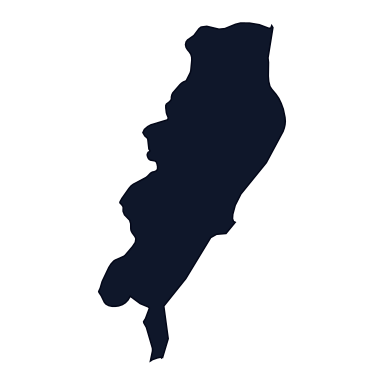 the border of Western Darfur
{"feature_id": "SDN-5858", "entity_name": "Western Darfur", "entity_type": "State", "adm_level": 1, "iso_a3": "SDN", "parent_name": "Sudan", "parent_adm1": "", "projection": "robinson", "projection_center": [22.739, 13.89], "detail": "fine", "context": "isolated", "style": "filled", "palette": "ink", "viewbox_px": 384, "rotation_deg": 0, "n_neighbors": 0, "source": "natural_earth", "source_scale": "10m", "svg_char_len": 2137}
<svg xmlns="http://www.w3.org/2000/svg" viewBox="0 0 384 384"><path d="M270.7,28.3L271.7,25.6L272.9,27.6L268.0,57.9L268.5,62.4L268.3,76.0L268.7,81.4L269.9,86.4L271.8,89.3L275.9,94.2L278.8,98.4L281.2,103.4L283.3,109.2L285.0,117.4L285.3,121.3L285.0,124.8L284.3,127.9L283.1,131.4L266.3,162.7L240.9,194.0L235.2,205.3L232.8,214.3L232.5,218.7L233.5,221.5L235.2,222.3L226.0,233.5L216.5,234.3L210.7,237.6L185.8,278.6L163.8,306.1L168.2,338.7L162.7,357.1L162.3,356.7L161.6,358.0L160.6,357.2L157.4,357.9L152.3,359.7L151.4,360.4L150.9,360.7L150.4,361.0L152.5,351.0L152.5,349.9L152.5,348.8L152.3,347.7L146.4,327.4L143.8,322.8L143.6,321.6L145.5,318.6L149.4,308.2L148.4,307.0L140.2,303.6L130.2,296.2L128.0,300.0L125.4,302.7L122.4,304.6L118.6,305.9L115.5,306.3L112.1,306.3L108.8,305.6L106.0,304.1L104.4,302.3L101.2,295.7L99.1,292.6L98.7,291.6L98.9,291.0L100.2,288.2L102.2,281.4L108.8,267.5L111.1,263.9L113.8,261.0L115.2,260.1L123.8,256.3L125.1,255.3L132.5,246.6L135.3,242.4L135.9,238.7L135.0,236.6L132.2,232.8L131.1,230.6L130.8,228.9L130.7,223.6L129.6,220.1L124.5,214.8L123.1,211.3L123.1,209.3L123.2,207.9L123.0,206.5L121.7,204.7L119.9,202.8L120.0,201.9L121.9,198.4L128.4,189.2L129.2,188.1L131.1,185.9L133.4,184.2L146.0,177.5L147.5,176.3L150.5,173.2L152.3,172.1L154.4,171.7L156.3,170.8L157.5,169.3L157.6,166.6L157.0,163.7L156.3,161.9L154.9,160.9L150.4,160.1L149.1,159.3L148.1,157.9L147.4,156.0L147.2,154.9L147.3,154.2L148.0,152.6L148.3,152.2L149.4,151.7L149.8,151.2L149.9,150.6L149.6,150.0L149.2,149.5L148.9,149.0L147.8,139.2L147.2,138.0L144.8,135.9L142.9,132.6L144.4,129.4L147.7,126.6L151.0,124.8L167.0,120.0L167.8,119.4L168.2,118.1L168.1,117.3L166.9,114.4L166.4,112.8L165.8,107.8L165.8,105.5L166.4,104.1L169.3,101.9L170.9,100.2L171.4,98.7L171.4,97.0L171.9,94.8L172.8,92.9L180.0,84.6L181.5,83.2L183.3,82.0L186.0,80.9L186.6,80.0L190.2,72.8L190.8,70.8L191.8,60.2L191.7,57.2L190.9,54.3L189.2,51.7L187.5,49.7L186.1,47.4L185.5,44.7L186.1,41.9L187.6,39.9L193.9,35.5L199.0,28.7L201.0,27.1L203.0,26.8L206.8,26.3L219.0,29.2L224.9,28.6L235.4,24.3L240.6,23.0L249.7,23.1L259.3,24.7L268.6,28.2L270.7,28.3Z" fill="#0f172a" stroke="#020617" stroke-width="1.5"/></svg>